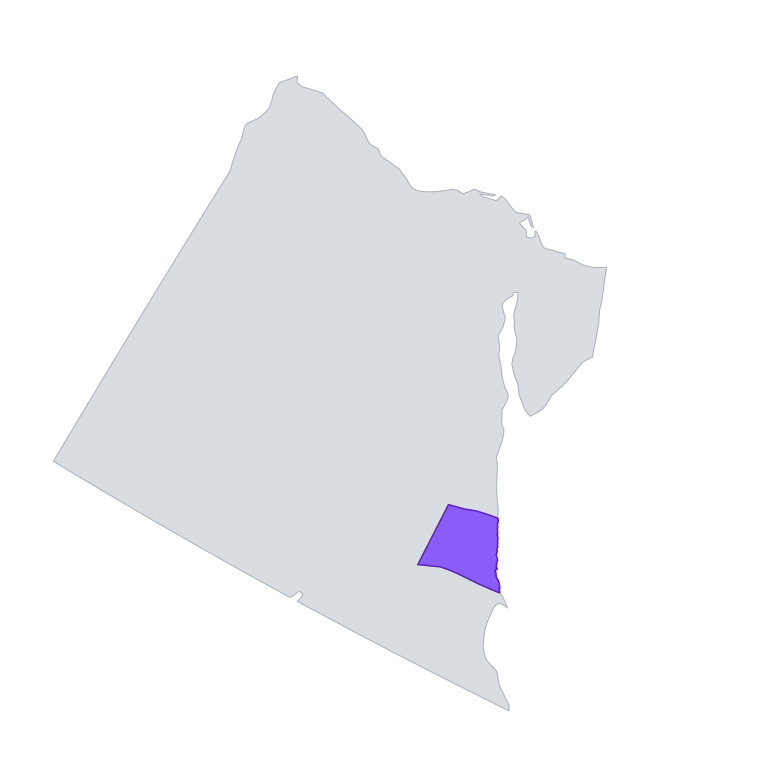 Marsa Alam, Al Bahr al Ahmar, Egypt (highlighted), rotated 27°
{"feature_id": "37247803B19297711577028", "entity_name": "Marsa Alam", "entity_type": "district", "adm_level": 2, "iso_a3": "EGY", "parent_name": "Egypt", "parent_adm1": "Al Bahr al Ahmar", "projection": "orthographic", "projection_center": [35.034, 24.707], "detail": "fine", "context": "in_parent", "style": "filled", "palette": "violet", "viewbox_px": 768, "rotation_deg": 27, "n_neighbors": 0, "source": "geoboundaries", "source_scale": "gbopen_adm2", "svg_char_len": 6808}
<svg xmlns="http://www.w3.org/2000/svg" viewBox="0 0 768 768"><g transform="rotate(27 384 384)"><path d="M643.5,618.5L629.1,618.7L614.7,618.8L600.4,618.9L586.0,619.0L571.6,619.0L557.2,619.0L542.8,619.0L528.4,619.0L514.1,618.9L499.7,618.7L485.3,618.6L470.9,618.4L456.6,618.1L442.2,617.8L427.8,617.5L413.5,617.2L405.3,617.0L406.8,612.8L407.7,609.9L406.8,607.8L404.0,607.2L402.2,607.8L397.7,616.5L395.4,616.8L390.3,616.6L373.6,616.1L356.9,615.6L340.2,615.0L323.6,614.3L306.9,613.6L290.3,612.9L273.6,612.1L257.0,611.3L240.4,610.4L223.8,609.5L207.2,608.5L190.6,607.5L174.1,606.4L157.5,605.3L141.0,604.2L124.5,602.9L125.2,592.4L125.9,581.8L126.6,571.2L127.3,560.6L128.1,550.0L128.8,539.4L129.5,528.9L130.3,518.3L131.0,507.7L131.8,497.1L132.5,486.5L133.3,475.9L134.1,465.3L134.9,454.7L135.7,444.2L136.5,433.6L137.3,423.0L138.1,412.4L138.9,401.8L139.7,391.2L140.6,380.7L141.4,370.1L142.2,359.5L143.1,348.9L143.9,338.3L144.8,327.8L145.7,317.2L146.5,306.6L147.4,296.1L148.3,285.5L149.2,275.0L150.1,264.4L149.9,262.4L148.3,255.1L147.0,245.8L145.8,234.5L145.8,230.8L143.2,219.0L143.1,215.7L144.3,213.5L151.2,204.2L153.5,199.7L155.5,194.1L156.4,189.6L155.3,182.4L153.8,175.9L153.7,169.4L154.0,163.1L157.5,159.0L161.5,155.2L163.1,152.8L165.5,150.2L167.2,149.0L169.6,154.8L175.8,156.3L196.5,152.6L218.6,159.2L230.8,161.9L249.7,167.4L260.8,175.8L264.0,176.9L272.4,177.2L277.6,182.1L299.5,185.4L311.0,191.0L317.4,195.3L321.4,196.7L324.9,196.7L329.8,195.4L336.0,192.8L342.8,189.1L356.9,179.5L361.8,177.9L364.9,178.5L368.7,178.5L370.5,175.8L372.6,174.0L373.9,171.9L376.1,169.4L383.2,168.9L397.5,164.9L395.9,167.0L382.8,171.5L388.3,172.3L394.0,170.8L400.5,169.9L401.7,167.8L402.7,163.9L404.0,163.4L408.4,164.3L421.5,170.7L424.8,170.9L434.3,167.8L436.3,167.1L439.3,169.1L446.0,176.8L443.6,176.5L436.4,169.9L435.6,173.1L431.2,178.7L436.4,181.3L440.7,182.3L442.9,185.5L444.3,188.4L448.6,187.2L451.7,183.5L450.2,181.3L449.2,179.1L450.6,179.0L453.5,180.9L461.7,188.4L464.6,189.9L467.9,189.7L474.8,187.8L476.7,188.1L486.0,185.6L487.0,187.6L488.5,189.5L496.0,187.5L507.6,187.6L517.2,185.3L528.3,179.6L529.2,178.8L529.8,180.2L531.1,184.1L534.4,194.2L537.3,202.1L540.8,213.0L541.9,217.1L542.4,220.0L547.6,232.0L550.7,241.9L553.0,249.9L556.2,261.6L557.6,265.7L555.3,267.8L550.7,275.4L545.7,299.6L538.5,318.4L537.7,330.3L536.5,334.5L533.1,340.5L528.9,346.4L521.6,343.3L509.8,332.8L503.0,323.0L495.7,316.5L488.8,308.1L487.0,302.0L487.1,298.1L484.2,288.6L482.1,284.1L473.8,274.0L471.5,268.6L469.6,266.2L467.9,262.8L465.1,249.7L461.9,241.4L458.1,243.6L458.7,247.1L455.2,251.8L453.1,257.4L454.5,262.0L461.3,269.0L462.6,272.1L464.1,278.7L463.7,287.7L464.7,290.7L469.8,297.5L471.6,301.4L472.6,304.9L474.3,308.0L479.4,313.9L486.7,325.0L493.6,332.5L498.7,336.2L500.8,339.8L501.2,349.1L500.8,353.5L505.2,361.9L506.8,366.2L511.2,369.7L513.1,373.6L514.9,380.0L517.5,399.0L521.3,403.6L533.0,428.6L543.0,444.4L547.8,456.1L555.2,470.5L569.9,501.9L578.6,511.6L582.1,517.0L588.5,521.2L595.4,527.2L588.8,526.7L587.2,527.0L584.9,528.1L583.8,531.8L583.3,534.8L584.2,550.7L586.0,558.8L591.9,574.1L596.2,578.7L598.3,581.7L601.3,583.8L615.1,588.9L623.3,600.0L641.6,613.7L643.4,617.6L643.5,618.5Z" fill="#d9dde1" stroke="#a8b0b8" stroke-width="1"/><path d="M582.3,517.6L582.2,517.6L581.9,517.4L581.7,517.3L581.6,517.1L581.5,516.8L581.5,516.7L581.4,516.6L581.1,516.4L580.5,515.9L580.3,515.5L580.2,515.2L580.0,514.9L580.0,514.6L580.1,514.4L580.1,514.2L580.0,513.9L579.9,513.7L579.7,513.8L579.4,513.7L579.4,513.2L579.5,513.1L579.5,512.9L579.4,512.6L579.2,512.0L579.1,511.9L578.9,511.7L578.5,511.2L578.2,510.8L577.8,510.4L577.4,509.8L577.1,509.6L577.1,509.4L577.1,509.2L576.9,509.0L576.8,508.9L576.7,508.9L576.3,508.7L576.2,508.4L575.9,508.1L575.7,508.2L575.4,507.9L575.3,507.7L575.4,507.3L575.3,507.2L575.1,507.1L574.9,507.0L574.7,507.0L574.8,507.2L574.8,507.3L574.7,507.3L574.3,507.2L574.1,506.9L573.9,506.9L573.6,506.8L573.4,506.7L573.2,506.5L573.0,506.4L573.0,506.2L572.9,505.9L572.7,505.7L572.3,505.6L572.1,505.5L571.7,505.1L571.3,504.9L571.1,504.7L571.0,504.3L571.0,503.9L570.7,503.4L570.3,503.2L570.3,502.9L570.2,502.7L570.0,502.4L569.9,502.2L569.7,501.9L569.5,501.6L569.4,501.6L569.2,501.6L568.9,501.5L568.8,501.4L568.5,501.1L568.4,500.8L568.2,500.7L567.7,500.1L567.4,499.9L567.5,499.6L567.6,499.4L567.7,499.2L567.8,499.2L568.0,499.2L568.0,498.7L568.0,498.4L568.0,498.2L568.4,497.9L568.7,497.9L568.9,497.8L568.9,497.6L568.8,497.4L568.3,497.2L568.0,497.0L567.8,496.7L567.7,496.5L567.6,496.1L567.4,495.9L567.3,495.5L567.2,495.5L567.1,495.4L566.9,495.3L566.7,495.3L566.8,495.5L566.7,495.6L566.6,495.3L566.7,495.2L566.7,494.9L566.4,494.6L566.3,494.4L566.1,494.2L565.9,493.9L566.0,493.5L566.2,493.1L566.2,492.9L566.2,492.7L565.8,492.7L565.6,492.5L565.5,492.3L565.4,492.1L565.3,491.8L565.4,491.6L565.5,491.2L565.5,490.8L565.4,490.5L565.3,490.1L565.3,489.7L565.2,489.3L565.1,489.1L565.0,488.9L564.8,488.8L564.5,488.5L564.3,488.3L564.2,488.1L563.9,487.8L563.6,487.6L563.5,487.4L563.4,487.1L563.2,487.0L563.0,486.8L562.8,486.6L562.7,486.4L562.2,486.1L562.0,485.9L561.8,485.8L561.7,485.6L561.5,485.4L561.5,485.2L561.4,484.9L561.4,484.4L561.4,484.0L561.4,483.8L561.4,483.7L561.2,483.3L561.1,482.6L561.1,482.1L560.9,481.8L560.7,481.3L560.5,481.1L560.3,480.7L560.1,480.5L560.0,480.4L560.0,480.2L559.8,480.1L559.5,479.9L559.1,479.3L559.0,479.0L559.0,478.7L559.1,478.4L559.3,478.2L559.4,477.9L559.4,477.6L559.4,477.4L559.3,477.2L559.1,477.0L559.0,476.9L558.6,476.6L558.3,476.1L558.2,475.9L558.1,475.5L558.0,475.2L557.9,475.1L557.9,474.9L557.7,474.7L557.5,474.4L557.6,474.2L557.4,473.9L557.4,473.7L557.1,473.4L556.9,473.1L556.7,473.0L556.6,472.7L556.6,472.4L556.5,472.1L556.2,471.8L556.2,471.7L556.3,471.5L556.3,471.4L556.1,471.1L555.8,470.5L555.5,470.3L555.5,470.0L555.4,469.7L555.5,469.5L555.3,469.3L555.2,469.2L554.9,469.0L554.9,468.9L555.0,468.8L555.0,468.7L554.8,468.6L554.3,468.2L554.1,468.0L554.0,467.6L553.9,467.4L553.7,467.5L553.6,467.3L553.7,467.2L553.3,466.9L553.5,466.8L553.3,466.3L553.2,466.0L553.0,465.6L553.0,465.3L552.9,465.1L552.8,464.7L552.7,464.5L552.4,464.2L552.2,463.8L552.1,463.7L551.9,463.6L551.7,463.3L551.6,463.1L551.4,463.0L551.3,462.7L551.1,462.2L550.8,461.8L550.9,461.5L550.8,461.3L550.8,461.2L550.7,461.0L550.7,460.8L550.6,460.5L550.5,460.2L550.2,459.6L550.1,459.2L549.6,459.1L549.5,458.8L549.4,458.6L549.2,458.4L549.0,458.2L548.8,457.7L548.7,457.2L548.6,456.9L548.7,456.6L548.8,456.4L548.7,456.3L548.6,456.2L548.5,455.8L548.2,455.4L548.1,455.2L548.1,454.8L548.0,454.6L548.0,454.2L547.9,453.9L547.7,453.7L547.5,453.4L547.4,453.2L547.2,453.2L547.1,453.3L547.0,453.2L546.8,453.0L546.9,452.8L546.9,452.7L546.6,452.4L546.6,452.2L546.5,451.9L546.4,451.9L534.3,453.4L523.9,455.2L512.2,458.9L496.2,462.2L496.1,529.6L517.1,521.4L524.7,520.3L534.9,519.6L559.3,519.2L574.4,518.3L582.3,517.6Z" fill="#8b5cf6" stroke="#5b21b6" stroke-width="1.5"/></g></svg>